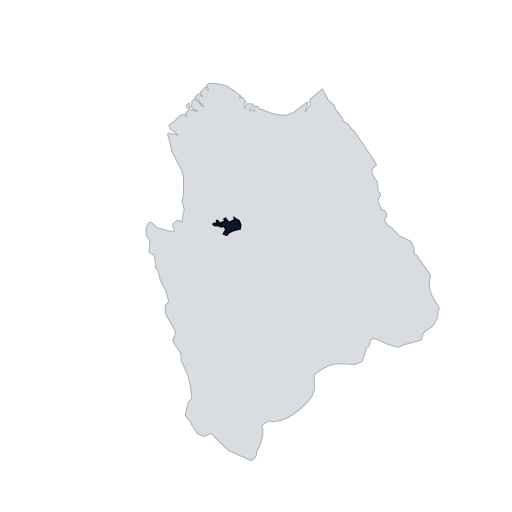 Guma, Benue, Nigeria (highlighted), rotated 143°
{"feature_id": "59680162B47044873054392", "entity_name": "Guma", "entity_type": "district", "adm_level": 2, "iso_a3": "NGA", "parent_name": "Nigeria", "parent_adm1": "Benue", "projection": "equal_earth", "projection_center": [8.727, 7.86], "detail": "fine", "context": "in_parent", "style": "filled", "palette": "ink", "viewbox_px": 512, "rotation_deg": 143, "n_neighbors": 0, "source": "geoboundaries", "source_scale": "gbopen_adm2", "svg_char_len": 5678}
<svg xmlns="http://www.w3.org/2000/svg" viewBox="0 0 512 512"><g transform="rotate(143 256 256)"><path d="M383.0,95.4L394.9,117.0L397.5,133.0L398.5,140.9L400.4,141.9L404.1,142.3L406.8,143.9L408.4,146.5L409.4,149.0L409.6,150.4L408.9,160.1L408.0,163.6L408.6,168.3L408.4,170.3L408.0,171.7L406.4,173.3L404.2,174.9L398.9,179.5L397.4,180.1L395.2,180.3L393.2,181.4L391.0,183.9L386.1,193.1L381.9,202.4L378.9,217.4L375.2,222.1L374.5,226.3L374.0,235.6L373.4,238.5L372.8,239.3L368.8,241.1L366.5,243.2L365.1,247.5L363.4,262.0L362.8,264.3L361.5,266.8L359.5,269.6L357.7,271.1L353.1,272.1L348.7,282.9L348.7,284.8L346.8,294.7L343.4,302.2L343.2,307.0L339.0,313.6L336.8,318.0L339.1,322.7L339.2,323.5L332.0,331.4L331.5,332.6L331.3,338.0L330.7,339.5L329.4,341.5L327.4,343.7L325.4,345.4L323.2,346.6L321.0,347.1L319.8,346.4L319.1,344.7L317.9,338.0L317.2,336.6L315.8,335.3L310.2,327.9L306.8,325.3L306.1,325.5L305.5,326.2L304.6,329.9L303.6,331.3L301.8,331.8L298.7,331.8L296.5,331.3L296.0,330.5L294.9,327.6L287.9,334.4L285.5,335.9L282.4,343.8L278.0,347.7L275.0,351.2L266.9,362.0L265.3,365.2L263.7,369.9L260.2,390.3L254.6,403.0L253.9,405.7L253.5,405.6L252.8,406.7L250.6,406.0L249.7,403.6L248.3,403.3L246.0,399.8L245.5,400.4L248.0,409.1L247.1,412.6L240.2,412.6L234.3,413.8L230.3,413.7L228.2,412.5L227.3,409.2L227.0,409.5L226.8,411.3L225.5,412.7L220.9,412.9L218.9,410.7L217.3,408.2L215.6,407.0L215.8,408.1L217.8,410.5L217.6,414.1L213.9,418.2L211.6,418.4L210.2,416.6L209.4,413.8L209.1,409.5L208.1,406.7L207.6,406.7L208.2,411.3L208.2,415.7L210.0,419.0L207.3,420.0L204.1,420.1L203.7,418.9L203.3,416.1L202.7,415.4L202.1,420.1L195.5,421.4L194.5,421.2L194.3,420.3L194.8,419.1L194.7,416.9L193.3,418.6L193.0,421.8L192.2,422.3L189.7,421.9L186.9,420.2L182.5,416.1L177.0,409.4L176.2,406.4L174.6,402.8L171.8,392.7L172.3,392.2L173.6,392.7L174.2,391.8L171.9,391.1L171.4,390.4L171.3,388.1L171.4,385.4L174.8,384.0L175.6,382.3L176.1,380.6L171.9,383.1L167.9,380.3L167.0,378.6L167.5,377.2L172.1,377.1L173.7,375.8L172.7,375.4L171.0,375.4L170.3,374.6L170.4,372.5L169.8,373.0L169.0,374.8L166.4,376.1L164.8,374.8L164.7,371.8L164.3,370.4L163.0,369.4L158.3,361.4L152.5,354.7L147.3,350.2L139.4,348.0L122.9,348.1L121.9,347.4L122.9,346.4L124.4,345.7L129.7,342.0L128.8,341.5L123.3,343.8L121.4,344.0L119.0,348.5L102.7,349.5L102.7,347.4L103.5,341.6L104.5,337.5L103.4,332.6L103.2,328.2L103.9,326.8L104.1,325.1L104.0,313.8L104.9,312.1L104.9,310.9L103.2,306.1L103.3,302.4L103.0,298.8L102.4,297.1L103.1,283.3L102.9,279.8L103.5,277.4L103.8,271.4L103.8,265.6L104.9,256.3L111.9,255.1L113.6,251.5L114.6,246.9L114.3,242.4L116.6,238.4L119.3,234.9L119.2,231.0L120.0,229.8L121.3,228.9L123.2,228.5L125.2,226.6L126.4,223.2L127.6,217.8L125.8,214.1L125.8,213.2L126.5,211.2L127.6,209.2L128.5,208.5L130.5,209.1L131.2,208.3L132.5,202.3L132.4,200.7L130.5,196.7L129.6,186.0L129.0,184.6L127.6,182.6L123.8,175.1L123.9,171.5L125.5,166.9L126.6,164.7L128.1,163.4L128.4,162.4L127.9,161.1L127.2,160.1L127.1,158.1L127.8,155.2L127.6,152.1L128.1,135.9L131.3,132.7L135.9,127.5L138.2,122.0L139.5,117.8L141.1,103.9L143.6,102.4L148.2,97.4L154.4,94.5L158.5,93.6L165.6,94.1L169.2,93.6L172.3,90.9L173.7,90.1L175.6,89.7L193.3,96.9L194.9,96.5L196.2,97.0L198.4,98.9L203.6,105.6L209.1,116.0L210.8,118.2L212.5,119.4L214.2,119.9L215.5,119.7L216.8,118.7L218.5,116.7L221.1,115.8L223.2,116.0L234.3,108.1L235.3,108.0L242.1,109.7L251.4,117.6L258.9,122.9L264.2,124.6L270.4,125.9L281.1,126.2L289.1,115.0L292.0,112.6L295.6,110.4L303.0,108.3L315.4,106.9L327.0,107.5L334.2,109.4L341.8,113.1L345.1,116.6L350.2,117.2L353.9,116.5L355.1,113.0L358.8,108.5L364.3,104.2L368.8,101.3L372.5,100.0L375.8,96.6L378.5,95.5L383.0,95.4ZM221.4,417.4L218.9,418.5L217.2,418.2L219.5,413.6L220.6,414.6L222.1,415.0L221.4,417.4Z" fill="#d9dde1" stroke="#a8b0b8" stroke-width="1"/><path d="M268.8,293.1L268.3,292.5L267.9,291.8L267.7,291.6L267.5,291.1L267.1,290.4L266.9,290.2L266.6,290.1L266.0,290.6L264.4,290.6L263.0,290.8L262.8,290.7L261.2,290.4L260.7,290.3L259.7,290.1L257.7,289.5L257.5,289.4L257.4,289.3L256.0,288.7L255.0,288.4L254.7,288.3L254.0,287.9L253.1,287.3L252.8,287.3L252.5,287.2L252.5,287.3L252.1,287.6L251.6,287.9L250.5,288.8L250.2,289.3L249.9,289.6L249.6,290.0L249.1,291.1L248.9,292.2L248.8,293.2L248.8,294.1L248.4,293.7L248.3,294.1L248.5,295.2L249.1,296.1L249.2,296.3L249.3,296.3L249.5,296.4L249.6,296.5L249.6,296.8L249.6,297.0L249.8,297.4L249.8,297.7L249.8,297.8L249.8,298.0L249.9,298.3L249.9,298.5L250.0,298.7L250.0,298.8L250.0,299.0L250.1,299.3L250.2,299.5L250.3,299.7L250.4,299.4L250.4,299.2L250.6,299.1L250.8,299.1L250.9,298.8L250.9,298.6L251.0,298.5L251.1,298.1L252.3,297.9L253.7,298.5L254.1,298.5L254.5,298.5L254.9,298.5L255.0,298.5L255.4,298.5L255.9,298.7L256.1,298.7L256.3,298.7L256.4,298.8L256.5,298.8L256.9,298.8L257.1,298.8L257.2,299.2L257.3,299.5L257.3,299.8L257.4,300.1L258.0,300.8L257.4,301.3L257.6,302.5L257.7,303.1L257.5,304.5L258.0,304.5L258.4,304.6L259.0,304.8L259.3,304.8L259.2,304.6L259.5,303.9L259.6,303.5L259.7,303.4L260.7,302.1L261.0,302.4L261.3,302.7L261.6,303.0L262.0,303.0L262.5,303.4L262.6,303.5L263.0,303.4L263.5,302.9L263.8,303.2L264.0,303.2L264.9,303.0L264.8,303.9L264.9,304.0L265.1,304.4L265.1,304.9L265.3,305.4L265.2,305.8L265.2,306.1L265.2,306.5L265.3,306.7L265.4,307.2L265.5,307.6L265.7,307.8L265.9,308.0L266.5,307.6L266.6,307.4L267.4,306.7L268.0,306.0L268.2,305.8L268.7,305.6L269.1,306.2L269.3,306.7L270.2,307.5L270.6,307.5L270.8,307.5L270.9,307.4L271.0,307.3L271.1,307.2L271.4,306.9L270.5,304.9L269.6,304.1L269.1,304.4L268.2,303.0L267.4,302.2L267.0,301.0L266.2,300.6L265.8,299.6L265.1,299.6L264.8,299.5L264.2,299.5L263.5,298.5L264.3,295.1L267.2,294.0L267.6,293.8L268.5,293.4L268.7,293.2L268.8,293.1Z" fill="#0f172a" stroke="#020617" stroke-width="1.5"/></g></svg>